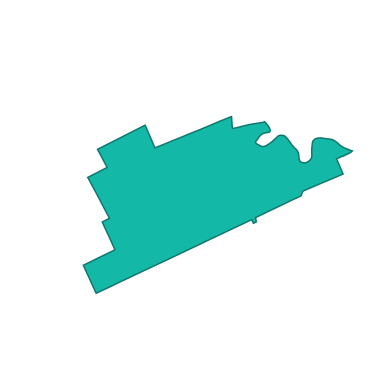 outline of Cazanesti, Ialomita, Romania, rotated 223°
{"feature_id": "2599482B82912190403308", "entity_name": "Cazanesti", "entity_type": "district", "adm_level": 2, "iso_a3": "ROU", "parent_name": "Romania", "parent_adm1": "Ialomita", "projection": "mercator", "projection_center": [27.017, 44.648], "detail": "fine", "context": "isolated", "style": "filled", "palette": "teal", "viewbox_px": 384, "rotation_deg": 223, "n_neighbors": 0, "source": "geoboundaries", "source_scale": "gbopen_adm2", "svg_char_len": 3442}
<svg xmlns="http://www.w3.org/2000/svg" viewBox="0 0 384 384"><g transform="rotate(223 192 192)"><path d="M221.5,64.3L219.7,63.6L218.8,63.2L216.6,62.3L214.0,61.2L211.6,60.2L209.2,59.3L208.5,59.0L207.4,58.5L206.0,57.9L203.5,56.9L202.7,56.6L200.7,55.7L199.3,55.1L198.1,54.7L197.0,54.2L195.4,53.5L193.5,52.7L193.0,52.6L191.9,55.4L187.6,66.0L183.4,76.9L179.2,87.4L175.0,98.0L170.8,108.5L166.6,118.9L162.4,129.4L158.3,139.8L154.2,150.1L146.0,171.0L138.9,188.9L134.2,200.6L129.6,212.2L129.5,212.4L125.7,211.0L125.0,212.8L124.6,214.2L124.7,214.3L125.4,214.7L126.3,215.3L127.1,215.8L128.2,216.5L127.8,217.3L127.5,218.1L127.3,218.4L126.8,219.9L126.6,220.4L126.4,221.0L126.1,221.5L125.9,222.1L125.7,222.7L125.5,223.2L125.3,223.8L125.0,224.5L124.6,225.5L124.3,226.2L124.1,226.8L123.8,227.5L123.6,228.0L123.1,229.5L119.6,238.3L117.2,244.4L113.8,253.2L109.6,263.6L111.5,268.2L106.9,278.7L103.0,287.5L97.2,300.4L93.8,308.2L101.4,311.6L108.9,314.8L107.3,318.6L106.8,319.9L106.6,320.4L106.5,320.5L106.4,320.7L106.2,320.7L106.1,320.8L106.0,321.2L105.9,321.3L105.5,322.4L105.2,323.0L105.0,323.9L104.7,324.5L104.4,325.1L104.2,325.5L103.6,327.4L103.2,328.3L103.1,328.8L102.9,329.5L102.8,330.1L102.8,330.5L102.7,331.2L102.7,331.4L104.8,330.4L106.4,329.9L108.8,328.9L109.0,328.8L110.5,328.2L111.5,327.9L113.4,327.6L114.9,327.2L115.8,327.2L116.6,327.2L118.0,327.1L120.0,327.1L121.1,326.9L122.6,326.7L123.6,326.5L125.3,325.9L126.4,325.2L128.0,324.2L129.0,323.3L130.7,322.2L131.7,321.4L132.9,320.7L134.8,319.3L136.0,318.1L137.2,316.6L137.6,315.8L138.1,314.9L138.3,314.1L138.3,313.1L138.3,312.0L138.1,311.2L137.4,310.0L136.7,308.9L135.8,307.9L134.9,306.6L134.4,305.9L133.6,305.0L132.9,304.2L132.3,303.4L131.7,302.9L129.3,300.5L128.0,298.9L127.7,297.7L127.5,296.1L127.6,294.3L127.7,293.6L127.9,293.0L128.2,292.3L128.4,291.8L128.5,291.5L128.7,291.1L128.9,290.9L129.1,290.6L129.5,290.2L129.8,289.8L130.9,289.0L131.7,288.6L132.7,288.2L133.3,288.2L134.0,288.2L134.5,288.3L134.9,288.6L135.5,288.9L136.2,289.3L138.1,290.8L138.9,291.6L139.3,292.0L140.6,293.0L141.1,293.3L142.8,293.8L143.6,294.1L144.8,294.2L146.3,294.2L148.7,294.3L151.3,294.6L153.8,295.2L156.0,295.6L158.3,296.0L161.2,296.2L162.3,296.2L163.4,295.8L164.0,295.4L164.6,295.0L165.1,294.6L166.0,293.8L166.9,292.6L167.2,291.6L167.3,290.7L167.2,290.1L167.3,289.2L167.4,287.9L167.5,287.2L167.6,286.4L167.7,285.2L167.7,284.0L168.0,282.4L168.2,281.1L168.5,279.8L169.1,277.1L169.6,276.0L169.9,275.3L170.3,274.6L170.7,274.1L171.1,273.7L171.7,273.1L172.1,272.9L173.0,272.5L174.6,272.1L175.3,271.9L176.1,271.6L177.3,271.4L178.1,271.3L178.6,271.4L179.2,271.5L179.5,271.9L179.7,272.2L179.9,273.4L180.0,274.8L180.1,276.0L180.3,277.0L180.5,278.2L180.6,279.3L180.5,280.6L180.3,282.1L179.5,283.9L178.4,285.7L177.6,286.5L177.0,287.4L176.7,287.9L176.3,288.6L176.2,289.1L176.2,289.5L176.5,290.0L177.0,290.5L178.0,291.1L179.0,291.6L180.8,292.2L182.6,292.5L183.8,292.7L184.9,292.8L186.0,292.8L187.1,292.7L186.9,292.2L195.6,281.1L199.4,275.4L203.1,269.7L204.1,268.1L205.2,266.6L205.6,266.3L207.6,267.7L208.7,268.6L214.5,274.1L214.7,273.9L217.0,268.9L219.4,263.9L220.0,262.7L220.7,261.1L221.6,259.0L227.8,245.1L233.8,232.3L236.0,227.5L237.8,223.5L240.5,217.8L244.0,210.1L249.2,199.0L271.8,208.9L272.0,208.5L284.4,174.6L290.2,158.8L270.8,152.1L278.2,131.6L266.2,127.5L261.9,126.1L234.6,116.5L234.4,116.5L237.2,108.9L232.3,106.8L217.3,100.7L208.9,97.1L214.0,84.0L221.5,64.3Z" fill="#14b8a6" stroke="#0f766e" stroke-width="1.5"/></g></svg>